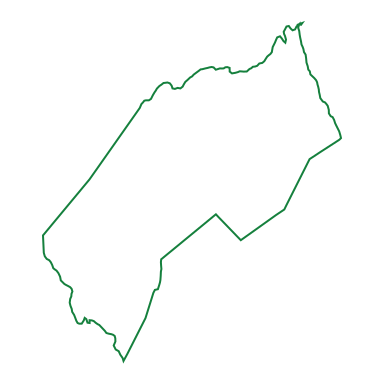 Marcionílio Souza, Bahia, Brazil (Equal Earth projection)
{"feature_id": "56859067B20080017614460", "entity_name": "Marcionílio Souza", "entity_type": "district", "adm_level": 2, "iso_a3": "BRA", "parent_name": "Brazil", "parent_adm1": "Bahia", "projection": "equal_earth", "projection_center": [-40.653, -13.154], "detail": "fine", "context": "isolated", "style": "outline", "palette": "green", "viewbox_px": 384, "rotation_deg": 0, "n_neighbors": 0, "source": "geoboundaries", "source_scale": "gbopen_adm2", "svg_char_len": 2624}
<svg xmlns="http://www.w3.org/2000/svg" viewBox="0 0 384 384"><path d="M141.4,104.1L139.8,107.9L89.5,179.4L43.0,235.4L43.8,252.8L44.8,256.3L46.7,258.9L49.2,260.2L50.8,262.2L52.2,265.0L53.3,268.2L54.9,269.5L56.5,270.6L58.4,273.1L60.1,276.7L60.8,280.4L62.6,282.2L64.4,284.0L66.3,285.1L68.1,286.0L70.2,287.2L71.6,288.8L72.4,291.5L71.5,293.8L71.3,296.4L70.2,298.9L69.7,302.7L70.5,305.9L71.7,308.9L72.2,311.9L74.1,314.9L75.2,317.7L76.3,320.7L77.6,323.0L79.3,323.7L81.7,323.7L83.8,320.4L84.7,317.9L86.3,319.1L87.5,322.7L89.6,323.0L89.6,320.2L91.8,320.4L93.8,321.1L95.7,322.8L97.7,324.2L99.3,325.0L101.3,327.1L103.2,329.1L104.8,330.8L106.4,333.0L108.8,333.7L111.4,334.2L113.1,334.8L114.7,336.0L115.3,338.3L115.4,341.5L113.7,345.5L115.7,349.5L118.7,351.2L120.3,354.7L122.6,358.0L123.5,361.0L127.3,354.0L145.5,318.1L151.5,298.9L153.4,292.8L154.9,289.9L157.9,289.2L159.3,284.8L160.0,282.3L160.4,280.0L160.7,276.0L160.9,271.6L161.4,269.0L161.1,265.6L160.9,262.1L161.2,259.3L166.9,254.6L215.9,214.3L218.5,217.1L221.4,220.1L240.8,240.2L276.1,215.0L284.3,209.5L286.5,205.0L302.1,174.0L309.6,159.1L320.7,151.8L339.4,139.7L341.0,138.1L340.3,135.1L339.2,131.4L337.6,128.2L336.2,125.4L335.1,123.1L334.1,119.9L332.6,117.1L330.7,116.2L328.9,113.4L328.8,109.9L327.7,105.8L326.3,103.9L325.0,102.4L322.8,101.5L320.3,98.1L319.7,94.8L319.0,91.9L318.8,89.5L318.2,86.8L317.5,84.5L317.1,82.3L316.1,80.2L314.2,78.0L312.4,76.3L310.4,74.4L309.8,71.3L308.3,69.6L307.7,66.2L306.5,62.6L306.1,58.1L305.6,54.6L304.0,52.1L303.4,49.0L302.6,46.8L301.5,44.5L301.0,41.3L300.2,37.7L299.7,34.9L299.2,30.9L298.2,27.9L299.1,24.2L296.5,26.5L295.1,29.4L292.6,30.3L290.6,28.5L288.8,26.0L286.5,26.5L285.0,29.4L283.7,31.8L284.1,34.0L285.0,36.0L286.0,39.6L285.3,42.7L283.5,41.1L281.9,38.6L280.0,36.3L277.2,37.4L276.0,40.0L275.0,42.5L272.7,47.1L271.8,52.2L270.3,54.1L268.8,55.2L267.2,56.6L265.7,58.9L264.3,61.2L262.3,62.9L259.3,63.5L257.2,65.8L255.2,66.5L252.8,66.8L251.3,68.2L249.5,69.0L246.8,71.5L243.6,71.6L241.4,71.4L239.7,71.3L237.9,72.1L235.4,72.8L232.0,73.4L229.7,71.6L229.6,67.9L227.3,67.1L225.3,67.3L223.7,68.4L221.7,68.5L219.9,68.4L218.1,69.0L215.8,69.7L213.6,67.4L211.6,67.0L209.4,67.4L207.7,67.9L205.4,68.4L202.3,69.2L200.6,69.4L198.7,70.9L196.1,72.8L193.7,74.6L192.1,76.4L190.1,77.5L187.6,79.9L185.3,81.9L183.8,84.4L182.7,86.6L180.4,88.4L177.6,87.9L174.9,88.9L172.5,88.4L171.6,85.6L169.8,83.3L167.4,82.5L165.3,82.8L163.5,83.0L161.5,84.6L159.4,86.0L156.9,88.6L155.7,90.7L154.5,92.4L152.8,95.3L151.0,98.9L148.9,100.3L146.0,100.3L144.3,100.7L143.0,102.4L141.4,104.1ZM299.1,24.2L301.0,24.8L302.3,23.0L299.1,24.2Z" fill="none" stroke="#15803d" stroke-width="2"/></svg>